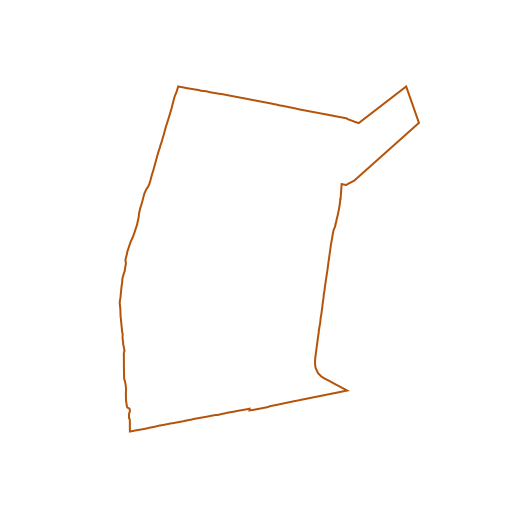 outline of Stede Broec, Noord-Holland, Netherlands, rotated 284°
{"feature_id": "6326949B50163313594410", "entity_name": "Stede Broec", "entity_type": "district", "adm_level": 2, "iso_a3": "NLD", "parent_name": "Netherlands", "parent_adm1": "Noord-Holland", "projection": "natural_earth1", "projection_center": [5.224, 52.697], "detail": "fine", "context": "isolated", "style": "outline", "palette": "amber", "viewbox_px": 512, "rotation_deg": 284, "n_neighbors": 0, "source": "geoboundaries", "source_scale": "gbopen_adm2", "svg_char_len": 6000}
<svg xmlns="http://www.w3.org/2000/svg" viewBox="0 0 512 512"><g transform="rotate(284 256 256)"><path d="M401.7,139.5L400.9,139.5L397.7,139.3L396.2,139.2L394.4,139.0L392.8,138.7L391.9,138.6L391.0,138.5L388.8,138.4L385.3,138.4L382.7,138.3L380.6,138.4L379.8,138.4L374.9,138.2L370.9,138.0L367.3,137.8L364.3,137.6L362.5,137.5L362.0,137.5L360.3,137.3L359.6,137.3L355.1,137.2L351.9,137.2L348.3,137.0L344.8,136.9L339.6,136.5L338.3,136.5L337.8,136.5L335.9,136.3L334.5,136.2L330.9,136.0L321.8,135.8L316.3,135.7L313.8,135.6L310.5,135.4L308.1,135.3L304.2,135.3L302.4,135.2L300.2,135.1L298.4,134.8L297.0,134.5L294.8,133.7L294.0,133.4L291.3,132.9L289.5,132.6L286.2,132.5L282.6,132.5L278.3,132.4L274.4,132.1L268.9,132.2L265.2,132.8L261.0,132.9L259.9,132.9L258.4,133.0L257.0,133.0L254.0,132.7L252.1,132.6L249.2,132.4L247.0,132.2L244.0,131.8L240.4,131.1L237.9,130.8L235.6,130.6L228.8,130.1L227.1,130.2L225.6,130.3L223.1,130.2L222.2,130.2L221.5,130.2L220.2,130.4L219.8,130.5L219.4,130.6L218.9,131.0L218.4,131.3L218.0,131.4L216.8,131.6L214.3,131.8L212.6,131.9L210.3,132.2L207.3,132.0L204.8,131.9L202.6,131.8L200.7,132.0L199.6,132.3L197.3,132.6L193.1,133.0L189.3,133.6L185.7,134.1L182.6,134.6L180.3,134.7L178.2,135.0L176.9,135.3L176.2,135.6L174.9,136.0L173.7,136.4L173.2,136.7L172.5,137.0L171.9,137.1L171.5,137.2L171.1,137.4L170.4,137.6L169.0,138.0L167.4,138.4L165.7,138.9L164.4,139.3L163.8,139.5L163.3,139.7L162.7,140.0L161.6,140.4L159.9,140.9L157.8,141.7L151.1,144.1L150.1,144.4L148.9,145.1L147.5,145.6L144.3,146.3L143.6,146.5L141.6,147.4L141.0,147.6L140.0,148.0L139.0,148.2L138.1,148.5L136.7,149.3L134.3,150.3L133.4,150.8L132.4,151.3L132.1,151.3L131.8,151.4L131.1,151.2L130.5,151.2L129.7,151.3L129.1,151.4L125.8,152.3L115.9,154.8L108.5,156.8L106.8,157.2L104.8,157.9L103.9,158.4L102.8,159.1L101.5,159.8L98.3,161.1L97.2,161.5L95.6,162.1L94.3,162.4L92.0,162.8L89.6,163.4L86.3,164.3L83.7,165.1L82.4,165.6L81.9,165.9L80.3,166.5L79.1,167.0L78.5,167.4L77.9,167.8L77.8,168.2L77.6,168.9L77.5,169.6L77.3,170.0L77.1,170.3L76.8,170.5L76.0,170.8L75.3,171.1L74.7,171.2L72.8,171.0L71.9,171.1L71.1,171.2L68.8,171.8L68.0,172.0L67.8,172.3L67.6,172.5L67.4,172.8L67.1,173.0L66.5,173.1L65.7,173.4L64.5,173.7L63.3,174.1L62.2,174.3L61.0,174.6L58.7,175.2L56.4,175.8L55.2,176.1L55.3,176.4L56.1,178.2L56.9,179.9L57.5,181.0L58.0,182.2L58.1,182.5L58.9,184.3L60.7,188.4L61.3,189.7L61.8,190.8L63.1,193.2L63.6,194.3L64.1,195.2L64.5,196.2L65.1,197.5L65.6,198.5L66.2,199.8L67.4,201.9L68.1,203.3L68.3,203.9L69.4,206.3L70.6,209.0L71.0,209.8L72.0,211.9L72.6,213.1L73.1,214.2L73.2,214.4L73.4,214.9L73.9,216.5L74.4,217.3L74.8,218.2L75.2,219.0L75.3,219.3L75.9,220.8L76.1,221.1L78.5,226.3L79.2,227.8L79.3,227.7L80.1,229.4L81.6,232.9L82.0,233.5L83.3,236.1L84.4,238.6L86.4,243.1L88.1,246.9L88.8,248.5L89.1,249.0L90.4,251.8L91.7,254.6L92.0,255.6L92.1,256.1L92.3,256.5L92.4,257.0L92.8,257.9L93.6,259.4L93.7,259.7L94.6,261.3L95.3,262.8L95.9,264.1L96.5,265.2L97.3,266.9L97.6,267.6L98.0,268.4L99.0,270.8L99.9,272.8L101.2,275.5L101.5,276.1L101.7,276.5L101.9,277.0L102.2,277.7L102.7,278.8L103.0,279.6L103.9,281.5L104.4,282.8L104.9,283.7L105.2,284.5L106.3,286.7L105.4,286.9L104.8,287.1L104.6,287.1L106.3,291.2L112.1,303.7L112.4,304.3L113.4,305.4L116.9,312.8L123.9,327.2L147.5,377.0L148.1,374.9L148.7,372.2L149.5,369.0L150.3,365.9L150.5,364.9L151.4,361.6L152.1,358.9L152.5,357.5L153.3,354.0L153.8,351.8L154.4,350.0L154.6,349.4L154.8,348.7L155.4,347.7L156.1,346.5L156.3,346.3L156.5,345.8L156.7,345.5L157.3,344.6L158.7,343.4L160.1,342.3L161.8,341.0L163.6,340.1L165.7,339.4L167.7,338.9L169.3,338.5L169.7,338.5L170.6,338.3L171.9,338.1L177.3,337.5L183.1,336.8L195.3,335.5L195.7,335.5L198.0,335.2L199.8,334.8L200.1,334.9L200.4,334.9L202.9,334.7L206.3,334.5L206.6,334.4L207.1,334.4L209.7,334.0L212.0,333.7L216.1,333.4L220.3,332.9L223.4,332.6L224.8,332.3L225.6,332.2L228.0,332.0L231.9,331.6L233.6,331.3L235.5,331.0L236.2,331.0L237.4,330.9L238.8,330.9L242.1,330.4L244.4,330.1L244.5,330.1L245.5,330.1L249.0,329.7L253.4,329.3L257.7,328.9L263.4,328.3L268.5,327.7L275.4,327.0L281.3,326.4L283.2,326.2L283.7,326.1L284.6,326.0L287.2,325.8L288.9,325.7L291.3,325.6L292.0,325.5L294.6,325.3L296.1,325.2L297.0,325.1L299.1,325.1L299.6,325.0L300.1,325.0L300.7,325.1L301.9,325.3L302.8,325.5L303.2,325.6L303.5,325.6L304.0,325.6L305.5,325.6L305.8,325.6L306.0,325.5L306.3,325.5L306.3,325.4L306.6,325.4L307.1,325.5L307.5,325.5L308.7,325.5L311.7,325.4L314.8,325.4L316.0,325.4L317.3,325.3L320.3,325.2L321.4,325.2L323.1,325.0L326.2,324.8L329.0,324.4L330.7,324.2L331.0,324.1L331.5,324.0L331.6,324.3L346.5,321.7L346.7,326.3L348.3,327.9L352.8,333.0L424.6,381.9L456.8,360.7L409.8,323.5L410.2,318.2L410.3,317.7L410.4,317.2L410.7,314.4L411.0,311.6L411.5,310.5L410.8,298.9L410.8,298.1L409.0,267.1L408.9,265.1L408.8,264.0L408.7,261.0L408.7,258.7L408.7,258.0L408.6,256.9L408.6,256.5L408.6,256.0L408.6,255.2L408.5,254.4L408.5,253.6L408.5,253.3L408.4,252.8L408.4,252.1L408.4,251.5L408.4,251.0L408.3,248.9L408.2,248.5L408.2,248.1L408.2,246.6L408.2,246.2L408.1,245.2L408.0,244.5L407.9,243.2L407.9,242.1L407.8,241.2L407.8,240.8L407.8,240.5L407.9,239.5L407.8,238.2L407.8,237.6L407.7,236.3L407.7,235.7L407.7,234.9L406.4,212.1L406.3,210.0L405.0,186.6L405.0,186.4L405.0,186.0L404.9,184.7L404.9,184.3L404.9,183.8L404.8,183.1L404.8,182.8L404.7,182.5L404.6,181.8L404.5,181.4L404.5,180.9L404.4,180.3L404.4,179.8L404.4,179.3L404.3,178.1L404.3,177.4L404.1,176.5L404.1,175.8L404.1,175.3L403.9,173.9L403.9,173.3L403.9,172.7L403.8,172.3L403.8,171.7L403.8,170.7L403.8,169.1L403.8,168.1L403.7,166.9L403.6,166.3L403.3,164.7L403.3,164.2L403.2,163.6L403.1,163.0L403.0,162.4L403.0,162.1L403.1,161.2L403.1,160.7L403.1,160.3L403.2,159.9L403.1,159.7L403.1,159.2L402.9,157.8L402.9,157.1L402.7,155.4L402.7,154.8L402.6,154.2L402.5,152.9L402.3,150.7L402.2,149.1L402.2,148.6L402.1,148.2L402.1,147.5L402.0,147.0L402.1,146.5L402.0,145.8L402.0,145.3L402.0,144.8L401.9,143.1L401.8,142.4L401.8,141.9L401.7,141.4L401.7,140.9L401.7,140.6L401.7,140.3L401.7,140.0L401.7,139.7L401.7,139.5Z" fill="none" stroke="#b45309" stroke-width="2"/></g></svg>